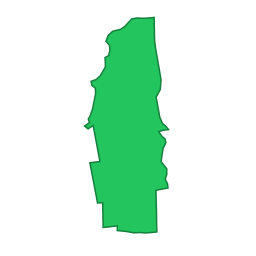 outline of Santa Clara do Sul, Rio Grande do Sul, Brazil, rotated 81°
{"feature_id": "56859067B9129320229569", "entity_name": "Santa Clara do Sul", "entity_type": "district", "adm_level": 2, "iso_a3": "BRA", "parent_name": "Brazil", "parent_adm1": "Rio Grande do Sul", "projection": "albers", "projection_center": [-52.138, -29.454], "detail": "fine", "context": "isolated", "style": "filled", "palette": "green", "viewbox_px": 256, "rotation_deg": 81, "n_neighbors": 0, "source": "geoboundaries", "source_scale": "gbopen_adm2", "svg_char_len": 1014}
<svg xmlns="http://www.w3.org/2000/svg" viewBox="0 0 256 256"><g transform="rotate(81 128 128)"><path d="M229.9,146.0L232.4,138.7L233.2,132.4L234.5,126.7L235.2,115.8L231.4,115.3L222.8,114.1L212.5,112.6L203.1,111.4L193.9,110.1L193.5,97.9L189.2,97.7L184.5,99.3L180.0,97.0L174.3,96.1L169.6,98.8L166.5,100.4L163.2,99.6L159.0,98.3L153.6,96.5L148.5,92.9L144.7,93.1L141.7,95.6L136.4,98.3L135.7,93.4L135.9,88.2L132.6,90.1L128.8,93.3L122.5,94.9L113.7,95.1L102.0,95.4L95.0,90.1L85.5,87.8L52.4,88.3L45.2,88.0L22.9,84.9L22.6,90.3L22.0,96.1L20.8,101.3L20.8,107.2L23.8,111.0L27.0,115.0L29.4,119.8L29.7,123.8L30.1,128.2L33.8,133.4L39.1,136.2L43.3,133.4L48.3,133.7L53.5,135.8L54.8,139.7L59.2,140.1L64.2,140.8L72.1,147.3L75.1,151.7L76.1,157.1L80.1,157.1L83.7,154.0L89.3,154.7L93.5,156.3L103.9,160.1L109.9,163.4L113.0,165.8L116.6,165.2L119.3,170.6L122.6,167.6L120.0,162.0L156.7,161.0L156.4,171.1L197.3,169.8L197.8,164.7L222.4,168.1L223.0,153.8L227.6,154.7L229.9,146.0Z" fill="#22c55e" stroke="#15803d" stroke-width="1.5"/></g></svg>